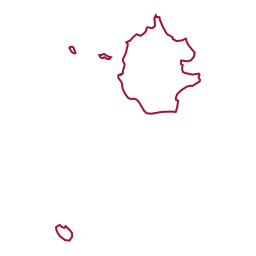 an SVG outline of Trapani
{"feature_id": "ITA-5409", "entity_name": "Trapani", "entity_type": "Province", "adm_level": 1, "iso_a3": "ITA", "parent_name": "Italy", "parent_adm1": "", "projection": "mercator", "projection_center": [12.517, 37.467], "detail": "fine", "context": "isolated", "style": "outline", "palette": "rose", "viewbox_px": 256, "rotation_deg": 0, "n_neighbors": 0, "source": "natural_earth", "source_scale": "10m", "svg_char_len": 1754}
<svg xmlns="http://www.w3.org/2000/svg" viewBox="0 0 256 256"><path d="M175.7,112.0L171.8,111.6L161.8,111.9L151.6,113.7L146.8,113.3L144.0,110.7L138.9,102.0L136.8,99.8L135.0,98.9L130.1,98.8L128.0,97.7L125.9,95.0L124.1,91.9L122.9,89.3L122.3,86.9L122.2,84.9L121.8,83.0L120.8,81.2L119.4,79.4L118.2,77.2L118.3,75.3L120.4,74.3L120.6,74.9L122.3,73.8L122.9,73.2L122.7,72.7L123.5,68.4L123.8,68.3L124.5,65.4L124.6,64.1L124.3,63.4L123.2,61.6L122.9,60.2L122.8,59.1L123.2,58.6L126.0,52.7L126.8,48.6L127.6,46.0L127.7,43.8L126.3,42.2L130.1,40.6L133.3,37.0L136.6,34.3L140.6,35.8L144.3,33.1L145.9,31.2L146.5,28.7L147.2,27.3L148.9,27.4L150.8,28.0L152.4,28.2L155.0,25.8L154.8,22.0L154.3,18.1L155.8,15.4L156.5,17.2L157.9,17.0L159.4,17.2L160.0,20.1L163.0,27.2L166.4,33.3L167.7,34.6L171.2,36.4L172.7,37.5L172.7,38.9L176.6,41.1L181.9,40.4L185.9,38.6L186.7,42.0L189.0,45.9L194.7,52.7L193.9,56.7L191.2,60.1L187.8,61.3L181.2,60.5L180.8,63.9L182.7,65.1L182.2,67.5L182.2,70.0L183.0,72.0L184.9,73.0L192.6,74.6L198.9,73.6L199.5,74.9L198.6,77.7L200.0,79.7L199.7,81.4L192.2,86.0L190.5,85.8L190.3,85.7L186.7,86.7L181.7,89.9L177.2,94.1L175.7,98.1L176.1,99.9L178.1,100.7L177.2,107.3L175.7,112.0ZM65.6,226.1L70.2,230.6L72.0,233.1L72.2,236.6L69.4,240.6L65.1,240.1L60.8,237.0L57.9,233.4L57.4,232.3L56.4,229.8L56.0,227.3L57.5,226.1L58.1,225.9L59.0,225.2L59.6,225.0L60.4,225.4L61.6,226.8L62.1,227.1L63.2,227.5L64.1,227.9L64.7,227.7L65.6,226.1ZM99.3,55.0L101.0,55.1L102.2,54.7L103.2,54.1L104.3,53.9L105.2,54.8L107.1,56.0L109.3,56.9L111.0,57.2L109.7,59.0L107.8,59.1L105.8,58.3L104.3,57.2L102.5,58.2L101.1,57.8L99.9,56.6L99.3,55.0ZM74.5,50.5L75.2,51.8L75.4,53.3L73.6,53.2L71.5,51.7L70.2,49.6L69.4,48.0L70.0,46.9L72.2,46.7L73.6,47.7L74.5,50.5Z" fill="none" stroke="#9f1239" stroke-width="2"/></svg>